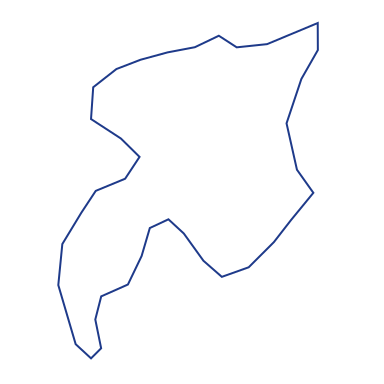 the state/province of Mosta, rotated 264°
{"feature_id": "MLT-5927", "entity_name": "Mosta", "entity_type": "state/province", "adm_level": 1, "iso_a3": "MLT", "parent_name": "Malta", "parent_adm1": "", "projection": "mercator", "projection_center": [14.416, 35.91], "detail": "fine", "context": "isolated", "style": "outline", "palette": "blue", "viewbox_px": 384, "rotation_deg": 264, "n_neighbors": 0, "source": "natural_earth", "source_scale": "10m", "svg_char_len": 607}
<svg xmlns="http://www.w3.org/2000/svg" viewBox="0 0 384 384"><g transform="rotate(264 192 192)"><path d="M111.2,240.5L104.5,212.8L122.4,196.2L151.6,179.5L167.3,165.7L160.6,146.3L133.6,135.2L106.7,118.6L97.7,90.8L75.3,82.5L46.1,85.3L37.1,74.2L52.8,60.4L113.4,49.3L153.8,57.6L183.0,79.8L203.2,96.4L212.2,126.9L232.4,143.5L252.6,126.9L275.1,99.2L306.5,104.7L322.2,129.7L328.9,154.6L333.4,182.3L335.7,210.0L344.6,235.0L331.2,251.6L331.2,282.1L346.9,334.7L320.0,332.0L293.0,312.6L250.4,293.2L203.2,298.7L178.5,312.6L153.8,287.6L133.6,268.2L111.2,240.5Z" fill="none" stroke="#1e3a8a" stroke-width="2"/></g></svg>